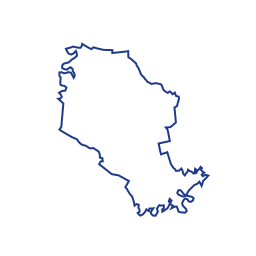 Guaraciaba, Santa Catarina, Brazil (Natural Earth projection), rotated 221°
{"feature_id": "56859067B68439029217006", "entity_name": "Guaraciaba", "entity_type": "district", "adm_level": 2, "iso_a3": "BRA", "parent_name": "Brazil", "parent_adm1": "Santa Catarina", "projection": "natural_earth1", "projection_center": [-53.605, -26.58], "detail": "fine", "context": "isolated", "style": "outline", "palette": "blue", "viewbox_px": 256, "rotation_deg": 221, "n_neighbors": 0, "source": "geoboundaries", "source_scale": "gbopen_adm2", "svg_char_len": 3015}
<svg xmlns="http://www.w3.org/2000/svg" viewBox="0 0 256 256"><g transform="rotate(221 128 128)"><path d="M199.8,104.3L192.9,104.1L179.0,85.0L178.7,81.9L176.0,82.1L164.8,84.2L159.1,86.0L156.1,85.2L153.2,85.0L150.6,85.6L148.4,86.9L146.4,87.2L144.5,87.4L142.8,88.1L141.0,90.2L138.6,90.4L136.6,90.8L134.4,90.9L131.9,89.5L129.8,87.2L127.6,88.4L125.2,86.3L126.7,84.8L126.0,81.8L110.0,82.5L104.0,86.1L92.5,88.6L91.2,81.6L88.9,81.3L86.8,80.5L85.0,80.0L82.8,79.3L80.2,79.1L77.7,77.7L75.0,76.0L72.1,73.7L71.7,76.1L69.5,77.1L67.7,74.5L65.6,73.8L64.3,72.4L65.0,70.3L63.2,69.9L61.2,70.0L60.1,72.5L60.1,76.0L60.8,78.6L57.9,78.9L59.0,81.3L57.5,82.6L56.2,84.0L55.9,81.6L55.8,79.5L53.9,78.3L51.5,78.4L49.7,79.9L50.2,82.4L50.7,84.7L53.1,85.9L53.6,87.9L53.7,90.4L51.8,91.3L50.4,93.1L48.4,91.2L48.7,88.9L47.2,87.4L46.3,90.2L45.6,93.0L46.0,95.5L46.8,98.6L44.8,98.4L43.1,98.8L42.5,96.1L41.1,99.4L39.5,100.7L37.2,99.4L35.0,98.0L32.8,99.1L29.4,101.4L29.2,103.9L31.0,104.9L33.5,105.2L35.6,105.3L37.7,106.6L38.7,109.6L38.6,112.3L36.2,113.2L34.2,112.4L32.1,113.5L31.5,116.0L32.5,118.1L35.0,117.9L36.8,116.7L39.4,115.4L40.7,118.1L41.1,121.3L40.8,124.6L40.6,128.2L39.1,131.4L38.9,134.3L36.7,133.5L34.5,132.6L35.3,134.8L36.6,137.2L36.2,141.0L36.2,144.7L38.7,143.5L39.9,140.7L41.7,141.0L41.2,144.3L43.3,143.9L45.3,144.3L45.9,146.2L47.7,146.3L47.3,143.2L47.9,141.3L46.9,139.0L48.6,136.6L51.0,136.8L53.5,135.9L55.3,135.9L54.4,134.0L54.4,131.8L54.1,129.5L56.5,129.8L59.2,131.8L61.2,132.4L61.5,129.3L63.7,127.1L65.5,127.8L67.7,127.7L72.1,129.0L82.5,135.5L85.7,129.8L88.9,131.9L90.4,133.1L94.7,136.4L87.9,145.6L95.9,151.9L97.7,152.9L99.8,153.2L96.6,156.4L95.5,163.6L106.4,174.0L105.4,176.6L108.8,183.7L110.3,184.9L112.8,183.7L115.9,185.4L116.5,182.7L118.5,183.0L120.4,183.1L121.1,180.6L123.5,180.1L126.4,180.1L128.9,181.5L131.5,182.7L136.1,180.4L139.4,176.5L141.6,176.3L143.4,175.5L145.1,176.0L147.5,176.1L149.3,176.7L151.2,176.7L153.4,177.0L156.2,178.5L158.8,179.8L160.7,180.4L162.5,180.9L164.2,182.0L170.7,182.1L174.2,181.7L178.2,186.1L189.0,174.3L190.9,176.5L197.6,171.0L202.6,168.3L207.0,166.2L207.4,163.5L210.8,162.6L217.8,161.4L216.8,159.8L216.4,157.5L218.3,155.9L220.9,154.5L222.9,153.4L224.2,150.9L225.7,148.8L226.8,147.1L224.3,145.9L221.8,145.2L218.9,146.3L218.0,148.8L217.9,151.9L216.0,150.9L213.9,149.1L214.3,145.8L215.3,142.9L215.5,140.5L215.9,138.3L217.6,136.2L218.8,134.1L218.5,131.6L216.8,130.0L214.2,130.9L212.4,131.9L211.9,134.1L211.2,136.2L208.6,136.2L206.8,134.6L204.7,134.1L202.6,132.7L201.9,130.3L204.5,131.3L207.3,132.3L209.6,131.1L210.9,128.9L212.2,127.3L214.8,126.5L216.2,124.9L214.1,122.5L211.9,121.9L210.4,119.8L209.1,118.1L207.3,116.3L205.4,116.9L203.5,118.1L201.0,118.1L199.8,115.1L202.0,112.8L203.2,109.3L200.5,109.0L198.4,108.1L198.5,105.8L199.8,104.3ZM39.4,115.4L41.4,112.4L44.1,111.4L46.3,110.8L48.3,111.4L49.1,114.1L47.6,115.5L45.5,115.3L42.8,114.7L39.4,115.4ZM46.8,98.6L49.2,99.5L50.0,101.9L47.5,101.8L46.8,98.6ZM47.9,141.3L50.5,141.3L49.1,139.1L47.9,141.3Z" fill="none" stroke="#1e3a8a" stroke-width="2"/></g></svg>